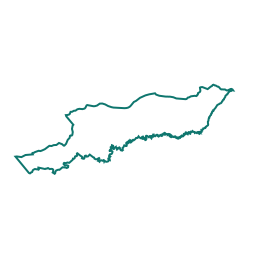 the district of Centro Novo do Maranhão, Maranhão, Brazil, rotated 230°
{"feature_id": "56859067B37138273453889", "entity_name": "Centro Novo do Maranhão", "entity_type": "district", "adm_level": 2, "iso_a3": "BRA", "parent_name": "Brazil", "parent_adm1": "Maranhão", "projection": "orthographic", "projection_center": [-46.631, -3.068], "detail": "fine", "context": "isolated", "style": "outline", "palette": "teal", "viewbox_px": 256, "rotation_deg": 230, "n_neighbors": 0, "source": "geoboundaries", "source_scale": "gbopen_adm2", "svg_char_len": 5853}
<svg xmlns="http://www.w3.org/2000/svg" viewBox="0 0 256 256"><g transform="rotate(230 128 128)"><path d="M139.1,60.6L139.2,64.7L139.3,65.5L139.9,66.1L139.2,66.9L139.2,67.7L140.2,69.1L140.2,69.6L139.5,70.4L139.5,71.1L140.0,71.8L141.1,72.2L141.3,72.5L141.2,73.0L137.4,73.7L135.7,74.3L134.8,74.1L134.5,73.3L134.0,73.4L132.8,74.4L133.1,75.6L134.1,76.5L134.3,77.1L133.9,78.0L132.7,77.9L132.0,79.0L132.2,81.6L128.1,82.5L127.4,82.9L127.0,83.0L126.1,82.6L124.9,83.1L124.1,84.0L123.6,86.5L123.2,86.5L122.1,84.0L121.7,84.3L120.5,84.5L120.8,85.2L120.7,86.6L119.3,87.4L119.2,88.6L118.9,88.8L117.6,88.2L117.9,89.0L116.2,89.5L115.4,90.8L115.2,91.5L115.7,92.5L115.7,93.0L115.1,93.4L115.6,93.7L117.1,93.1L117.3,93.5L116.7,94.3L117.4,95.2L117.5,96.1L118.0,96.0L118.5,95.4L119.1,96.0L119.5,97.3L118.9,98.2L118.7,98.9L119.1,100.0L120.0,101.0L120.5,100.9L121.7,100.3L121.8,99.5L122.1,99.2L122.5,99.4L122.8,100.1L122.7,101.9L122.9,102.3L123.6,102.2L123.6,102.9L123.3,103.0L123.6,103.6L123.9,103.8L124.4,103.4L124.4,103.9L125.1,104.6L124.8,104.8L124.5,104.6L123.9,105.1L122.5,104.0L121.3,103.4L120.9,104.1L121.6,105.1L121.4,106.3L121.2,106.1L120.5,106.5L118.6,105.8L118.6,106.2L119.5,106.7L119.0,107.5L118.7,108.9L118.0,109.0L117.2,108.5L115.6,108.2L114.4,109.0L114.4,109.9L115.0,109.9L116.2,111.0L116.0,111.5L117.1,114.0L115.6,114.7L115.2,115.3L115.4,115.6L115.8,116.3L117.0,116.5L117.7,117.1L117.8,117.7L117.7,118.1L116.3,118.4L116.3,118.7L117.2,118.8L117.5,119.1L117.6,120.6L116.4,120.6L115.7,120.3L115.2,120.6L115.1,121.1L115.4,121.5L116.6,122.1L115.3,122.6L115.8,123.8L115.7,124.3L114.9,124.4L114.8,126.4L115.2,127.8L114.3,128.9L114.8,130.7L113.6,130.6L111.8,131.3L112.1,133.2L111.8,134.0L110.9,133.9L111.2,132.8L110.6,132.2L110.0,132.4L109.3,133.7L107.6,133.5L107.4,133.9L107.8,135.0L109.4,134.2L109.3,135.8L110.3,136.6L110.3,137.0L109.6,137.6L108.5,137.6L107.5,138.0L107.9,139.3L107.1,140.4L105.9,139.3L105.0,139.3L105.2,139.7L106.2,140.2L106.4,140.9L105.3,141.4L105.1,141.7L105.2,142.0L106.5,142.5L106.8,143.1L106.5,143.4L106.1,142.9L105.1,143.3L104.5,143.3L104.2,143.5L104.1,144.0L104.5,145.0L104.2,145.9L103.5,146.3L102.6,145.7L101.8,145.9L101.6,147.5L101.9,147.9L101.9,148.4L101.0,149.0L100.6,148.5L100.2,148.7L100.1,149.2L101.2,150.2L101.0,150.7L100.0,151.1L99.5,151.6L100.9,152.0L100.7,153.0L99.8,153.2L99.2,153.0L98.1,154.2L97.2,153.7L96.9,155.1L97.1,155.5L96.5,156.0L96.1,156.1L95.6,154.9L95.1,154.6L94.7,154.7L95.4,155.3L95.2,155.9L94.6,156.5L94.2,156.5L94.2,156.1L93.4,155.5L93.0,155.6L93.0,156.2L91.9,157.0L92.0,157.4L91.3,157.9L91.5,158.4L91.3,158.8L91.0,158.9L90.8,158.8L90.5,158.2L89.5,158.6L89.7,158.9L89.5,159.5L89.1,159.7L88.8,159.4L88.4,159.7L87.9,159.4L87.5,159.8L88.2,160.6L88.2,161.1L88.0,161.7L87.3,161.2L87.0,161.5L87.3,161.9L87.0,162.8L87.1,163.3L87.7,163.5L87.7,164.2L86.4,164.5L86.2,164.9L86.4,166.1L87.1,166.1L87.6,167.0L87.3,167.4L87.0,167.1L86.6,167.2L87.0,168.1L86.6,167.9L86.2,168.3L86.2,168.7L86.9,168.9L87.0,169.8L86.9,170.0L86.5,170.0L86.0,169.6L84.8,169.8L85.8,171.9L85.6,172.1L85.4,171.7L85.1,171.8L84.7,171.4L83.6,172.0L84.8,173.7L84.8,174.0L84.0,174.3L84.1,175.5L83.2,175.4L82.3,176.3L81.3,176.0L81.2,176.9L80.9,177.2L80.6,177.5L80.3,177.2L79.9,177.4L80.0,178.4L79.7,179.1L78.5,178.6L77.8,178.9L78.1,179.4L77.6,179.9L77.9,179.9L78.5,180.7L78.8,180.6L78.3,181.3L77.8,181.4L77.7,181.8L78.8,182.6L78.5,182.7L78.3,183.1L78.9,183.5L78.8,183.9L79.1,184.2L78.8,185.0L79.2,185.4L78.9,185.7L78.9,186.7L78.3,187.2L78.5,188.0L78.9,188.3L78.7,191.0L79.4,191.9L80.3,192.3L81.6,193.4L81.8,194.2L83.2,195.7L83.4,196.6L83.9,196.7L84.1,197.1L83.9,197.3L84.7,199.1L84.6,199.9L85.1,200.7L85.4,200.8L85.5,201.8L85.8,201.9L86.0,202.4L86.5,203.1L86.3,204.1L86.5,204.3L86.2,204.4L86.9,206.1L87.1,207.7L88.2,211.2L87.7,213.4L87.8,213.8L87.3,215.1L87.4,216.1L87.9,217.0L87.8,217.5L88.4,218.7L88.2,219.8L88.6,220.1L89.3,222.5L89.9,223.1L90.1,224.9L89.9,225.6L90.3,226.2L90.2,226.7L90.7,227.9L90.7,230.0L90.1,230.7L90.3,231.7L89.2,232.7L90.4,232.8L91.4,232.4L91.9,231.7L92.8,228.4L93.4,227.7L95.1,227.1L97.7,224.2L99.1,223.9L100.5,224.0L101.7,223.7L102.1,223.2L104.2,222.5L104.6,222.0L106.2,221.3L106.5,220.5L106.2,219.2L106.5,218.1L106.6,214.0L111.5,211.3L112.3,210.3L112.7,209.1L109.9,207.3L109.4,206.2L109.7,204.0L109.0,203.4L108.9,202.4L108.5,202.1L108.5,201.7L108.6,200.8L109.7,199.9L111.8,196.6L112.3,194.2L112.8,193.5L112.6,191.5L113.1,190.6L119.6,184.0L122.4,182.5L124.8,180.5L128.1,176.8L132.6,172.7L135.5,171.0L137.2,171.0L140.1,166.0L141.8,162.3L143.4,156.6L143.6,151.6L144.2,149.2L143.3,144.5L143.2,142.8L143.6,141.0L144.4,139.5L145.4,138.1L152.9,130.1L154.5,128.8L157.6,126.9L160.7,125.7L163.2,124.1L164.8,122.1L165.1,118.7L166.0,116.7L166.9,115.5L171.8,111.5L171.9,110.7L170.9,108.4L170.8,107.2L171.7,105.3L174.0,103.0L174.9,101.2L175.0,99.0L176.0,97.6L176.4,95.5L177.3,94.4L176.2,92.4L176.2,91.6L176.9,89.9L177.8,88.7L176.6,88.2L165.6,88.2L165.4,87.1L163.3,84.5L160.4,83.1L158.5,80.9L158.4,80.0L159.2,79.2L159.3,78.6L157.9,76.8L157.7,74.3L155.7,70.4L155.4,68.0L155.9,67.4L158.0,67.1L160.9,65.5L161.0,62.3L162.7,60.0L163.3,57.9L164.9,56.3L165.2,50.7L166.0,47.8L166.6,46.1L168.0,44.9L169.4,41.1L169.4,40.3L170.2,38.9L170.2,38.5L169.0,38.1L173.2,32.1L174.2,27.7L177.7,24.5L178.4,23.4L157.3,23.2L156.3,23.7L156.1,24.1L156.3,25.0L155.9,26.3L156.8,27.9L156.8,28.8L156.4,30.4L155.3,31.2L154.7,32.0L153.6,32.6L153.6,33.1L154.0,33.4L155.1,33.7L155.3,33.9L149.9,38.1L149.6,39.1L149.0,39.7L149.0,40.4L148.7,41.0L146.9,41.6L146.0,43.0L145.1,43.8L144.2,43.9L143.7,43.5L142.7,42.7L142.3,41.7L140.1,42.4L140.2,43.2L141.3,44.4L141.6,45.8L140.9,47.7L140.0,48.7L140.0,52.6L137.8,54.8L136.7,55.4L136.4,56.8L137.4,57.9L137.8,57.8L138.9,57.1L140.0,55.6L140.6,55.5L141.8,55.5L142.3,56.2L142.3,56.7L141.1,57.7L140.5,59.4L139.1,60.6ZM119.0,107.5L119.0,107.1L118.9,106.8L118.6,107.0L118.7,107.6L119.0,107.5Z" fill="none" stroke="#0f766e" stroke-width="2"/></g></svg>